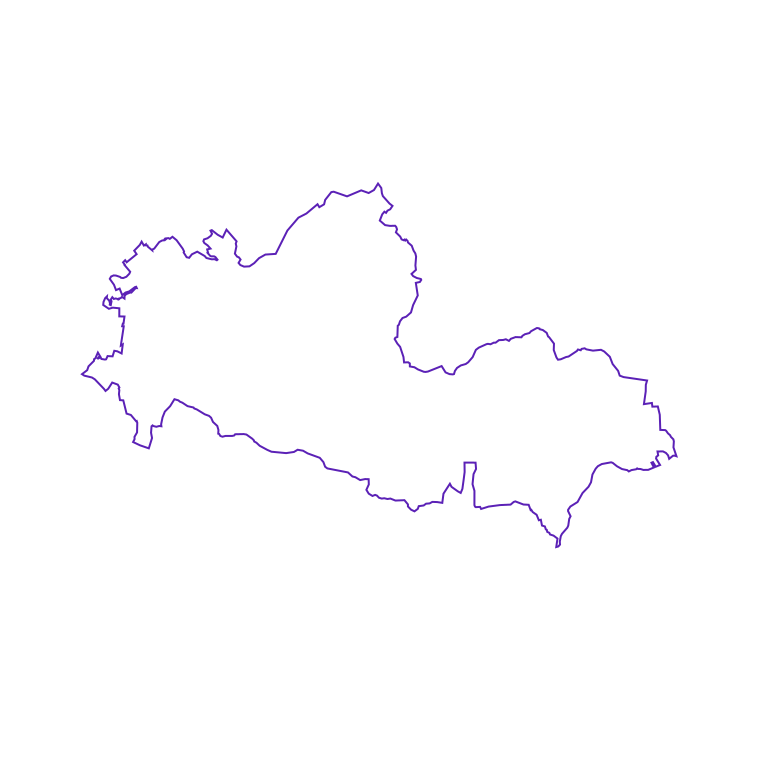 Lechinta, Bistrita-Nasaud, Romania, rotated 299°
{"feature_id": "2599482B84958268498590", "entity_name": "Lechinta", "entity_type": "district", "adm_level": 2, "iso_a3": "ROU", "parent_name": "Romania", "parent_adm1": "Bistrita-Nasaud", "projection": "mercator", "projection_center": [24.317, 47.004], "detail": "fine", "context": "isolated", "style": "outline", "palette": "violet", "viewbox_px": 768, "rotation_deg": 299, "n_neighbors": 0, "source": "geoboundaries", "source_scale": "gbopen_adm2", "svg_char_len": 6152}
<svg xmlns="http://www.w3.org/2000/svg" viewBox="0 0 768 768"><g transform="rotate(299 384 384)"><path d="M514.6,612.4L506.2,590.2L505.6,586.1L509.0,582.4L512.3,574.3L517.3,568.3L519.2,560.8L519.1,557.2L514.5,550.6L512.4,544.2L512.5,542.2L510.5,539.8L508.9,539.7L508.2,536.9L506.4,536.7L497.5,532.1L495.9,530.2L491.3,526.6L489.6,524.4L490.8,522.0L496.0,516.0L501.7,513.1L505.0,505.7L505.1,504.5L507.6,501.5L508.2,496.7L507.4,493.6L507.9,493.1L507.5,491.5L507.0,490.5L501.4,487.0L499.1,486.5L495.8,483.1L493.2,481.7L491.5,481.6L488.8,476.3L485.0,473.0L482.3,472.4L482.2,468.9L480.3,466.9L478.1,463.3L474.3,461.6L473.3,459.9L470.4,457.9L469.5,455.4L468.5,454.3L461.8,449.3L458.4,447.8L450.5,448.5L443.8,447.1L441.1,445.8L437.5,442.2L433.5,440.1L429.8,439.7L426.6,440.4L425.8,439.6L424.4,436.5L424.0,432.2L427.6,425.7L416.2,416.4L414.7,414.5L414.0,412.9L413.2,406.6L413.4,402.5L411.9,398.1L414.5,396.6L414.7,394.6L412.6,391.1L417.1,387.9L424.3,380.1L425.8,376.1L428.5,371.5L430.0,371.5L431.6,372.9L441.6,367.8L443.0,368.3L446.6,367.6L450.7,368.2L453.7,370.8L459.7,372.9L467.1,371.2L477.8,370.6L487.9,362.8L490.6,365.9L493.1,366.1L493.7,365.3L492.6,361.3L492.5,357.2L493.6,354.7L499.3,356.6L502.9,354.0L511.0,350.3L513.4,348.1L515.0,345.2L518.4,341.2L519.4,336.4L520.6,335.2L521.1,333.3L519.8,333.0L520.2,331.9L519.3,331.6L519.0,329.3L520.8,326.7L522.4,320.9L525.6,320.4L527.3,318.5L527.8,317.0L525.2,312.6L523.5,307.9L524.9,301.1L531.5,300.2L534.9,300.8L534.7,302.8L537.3,303.0L539.8,304.7L543.9,305.1L544.5,301.3L547.8,291.9L549.8,289.7L554.1,286.6L556.4,281.6L548.8,281.2L543.6,278.0L542.3,270.2L530.2,260.7L527.8,246.8L526.3,244.9L516.5,243.3L512.1,244.5L507.3,241.7L509.0,238.7L495.5,233.5L488.0,228.5L471.4,225.1L445.3,226.2L439.7,217.5L433.5,213.7L426.8,211.9L421.7,209.3L418.8,204.7L418.4,200.7L419.4,198.1L423.3,198.2L424.4,195.7L424.2,193.7L425.7,190.4L432.8,188.2L434.9,186.3L437.3,185.9L442.6,171.4L433.9,171.9L433.9,166.2L435.1,158.8L434.0,157.9L432.0,160.8L429.6,160.7L425.9,159.0L423.2,156.5L421.3,156.8L420.2,158.5L419.7,162.6L418.3,166.6L416.0,164.1L413.5,166.5L413.1,166.2L411.8,169.9L411.9,171.0L413.3,173.6L413.3,175.0L412.0,178.1L411.2,177.8L411.0,175.2L409.6,173.0L408.1,167.6L409.0,165.1L409.2,156.5L404.3,153.1L399.9,152.4L399.2,149.9L401.9,145.0L403.0,144.9L404.8,142.3L409.2,132.9L410.2,127.6L407.1,126.3L407.1,124.8L405.2,122.1L404.7,122.0L404.7,123.0L403.4,122.5L402.0,120.4L399.2,118.6L391.0,117.4L389.2,116.1L388.5,116.6L389.6,110.9L390.5,109.9L389.7,108.3L390.6,107.9L388.7,106.8L391.0,103.0L387.3,103.0L379.5,100.9L377.6,104.7L365.7,99.9L366.8,97.6L363.9,96.8L362.7,99.4L362.3,99.3L359.1,107.6L357.0,107.8L352.9,106.7L350.2,104.5L349.4,102.5L349.7,101.3L348.9,97.0L347.9,94.9L345.7,93.2L343.0,93.2L339.9,99.7L336.2,104.1L339.3,106.5L334.8,112.0L338.7,113.6L341.5,116.3L348.0,119.2L348.9,120.1L348.0,121.3L347.5,120.3L341.4,118.7L341.0,117.7L337.5,114.9L335.3,114.4L332.9,115.6L333.1,112.6L331.4,112.0L330.3,110.8L329.6,111.1L329.0,110.6L329.2,109.7L328.7,107.8L327.4,106.5L328.2,104.3L325.4,104.1L324.2,105.6L320.5,106.8L320.4,105.7L321.8,105.2L323.7,103.2L324.7,99.9L326.3,99.2L323.9,98.5L319.8,98.9L317.0,100.1L316.4,106.9L319.3,109.8L321.9,115.8L314.8,119.7L317.2,124.3L310.5,126.9L310.2,126.3L307.6,127.0L308.3,128.4L290.0,135.2L292.0,136.3L283.5,139.7L283.3,134.9L282.3,132.0L276.6,133.2L274.4,128.7L270.9,129.0L270.1,128.1L268.9,124.7L270.0,123.2L267.6,121.6L267.7,121.1L270.8,121.9L272.8,118.5L266.4,119.1L265.2,118.4L263.6,119.1L256.2,117.0L252.2,117.7L246.2,115.1L246.0,117.8L248.1,125.4L247.9,128.8L244.0,141.4L242.9,143.8L246.1,145.1L253.5,145.6L254.4,151.5L252.6,154.3L251.5,154.1L250.3,155.5L246.6,157.1L241.9,160.9L243.3,163.9L233.3,173.2L234.2,177.6L231.2,185.4L231.7,185.7L230.5,187.0L221.9,191.5L216.8,191.4L214.8,192.6L211.6,192.7L212.1,200.4L213.7,209.5L224.3,207.3L228.4,203.9L234.3,201.2L235.6,201.7L235.4,202.5L236.2,205.6L238.3,207.8L239.1,209.8L240.7,208.6L247.4,206.5L253.6,205.7L260.9,207.7L269.1,208.1L270.0,212.1L269.6,214.0L269.9,216.7L269.4,222.9L271.1,228.8L270.6,229.9L271.0,232.6L270.6,242.0L271.3,246.4L270.7,249.1L267.9,252.8L266.5,258.5L263.5,261.5L260.2,263.1L260.4,264.0L259.2,266.1L259.6,268.3L261.7,270.5L264.9,276.3L266.3,277.9L267.9,278.2L272.2,285.6L273.1,288.2L272.3,295.2L271.6,297.6L270.8,298.3L270.8,300.9L269.7,305.2L269.8,313.9L270.2,318.4L276.1,331.9L280.9,338.2L284.6,340.3L286.4,345.5L286.3,350.9L288.3,363.6L286.3,368.9L283.1,372.6L282.7,375.4L289.2,395.4L287.8,401.2L288.6,404.2L288.4,409.7L291.7,413.6L293.3,416.7L288.8,419.4L282.9,419.9L280.7,423.8L280.5,428.2L282.7,430.0L283.0,431.9L282.1,434.8L282.7,437.6L284.2,439.6L285.1,442.8L286.9,445.1L287.6,450.5L292.3,458.2L290.3,463.3L288.5,464.3L287.2,468.6L287.4,472.4L291.2,474.1L294.0,473.6L297.0,477.6L299.7,478.8L301.7,481.8L304.3,483.4L306.5,487.7L308.3,492.6L316.9,489.2L328.7,490.0L326.8,492.9L325.9,500.6L325.9,503.9L330.3,503.4L339.3,499.9L346.1,497.2L354.3,492.5L359.6,502.2L354.3,505.7L348.6,506.0L339.3,510.0L334.4,514.9L321.9,521.8L320.9,523.0L320.8,524.0L323.1,527.6L321.8,529.5L327.5,534.9L334.3,544.1L339.9,553.2L343.7,554.6L345.0,555.8L346.2,564.4L348.5,569.1L344.8,573.4L345.4,573.8L344.1,576.1L343.6,580.9L339.9,585.5L341.3,587.0L336.8,590.8L337.4,593.8L335.3,596.0L335.4,597.0L333.8,598.5L334.0,600.7L332.9,602.2L333.6,605.8L332.9,610.7L324.9,613.7L326.4,615.2L328.9,615.8L331.3,614.2L336.6,612.4L339.2,612.3L347.2,614.0L349.5,613.8L355.8,611.4L358.8,611.3L362.1,606.6L363.3,606.0L367.2,606.4L374.6,610.5L384.9,610.5L393.3,612.7L398.4,612.7L405.9,610.2L412.6,610.2L415.8,610.9L419.6,613.3L425.6,620.6L425.9,622.3L425.0,627.7L425.0,633.4L426.6,638.6L426.2,640.5L428.7,642.2L431.7,645.9L432.9,646.3L432.8,647.2L434.0,649.5L434.6,652.5L437.0,656.7L441.8,660.5L444.8,656.1L446.1,657.1L443.4,661.8L447.0,664.7L450.7,658.1L452.4,657.5L454.5,658.4L457.6,655.9L460.3,660.7L460.4,664.0L459.3,667.1L456.8,669.7L461.3,671.5L462.2,672.8L462.6,674.8L468.9,667.9L474.4,665.3L475.9,663.9L476.9,660.5L477.9,659.1L478.5,656.3L479.9,653.4L480.0,652.3L477.8,647.9L490.8,640.1L497.1,634.4L494.3,629.7L497.3,627.5L492.4,621.1L504.4,616.5L510.2,613.4L514.6,612.4Z" fill="none" stroke="#5b21b6" stroke-width="2"/></g></svg>